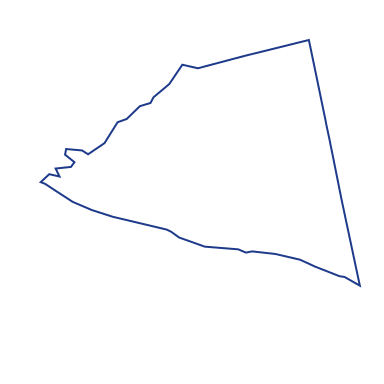 outline of Franklin, Pennsylvania, United States of America, rotated 258°
{"feature_id": "52423323B56600660833819", "entity_name": "Franklin", "entity_type": "district", "adm_level": 2, "iso_a3": "USA", "parent_name": "United States of America", "parent_adm1": "Pennsylvania", "projection": "mercator", "projection_center": [-77.726, 40.005], "detail": "fine", "context": "isolated", "style": "outline", "palette": "blue", "viewbox_px": 384, "rotation_deg": 258, "n_neighbors": 0, "source": "geoboundaries", "source_scale": "gbopen_adm2", "svg_char_len": 805}
<svg xmlns="http://www.w3.org/2000/svg" viewBox="0 0 384 384"><g transform="rotate(258 192 192)"><path d="M220.8,59.6L207.1,73.3L195.2,90.2L184.2,109.4L160.5,159.4L157.5,163.3L150.1,170.0L135.9,193.1L126.3,225.3L121.5,232.2L121.4,238.5L114.1,260.5L103.3,283.6L93.2,297.2L79.0,318.7L77.2,323.5L65.5,336.7L74.6,336.7L75.4,336.7L153.4,336.7L186.6,337.1L186.9,337.1L195.1,337.2L205.0,337.3L209.2,337.3L212.5,337.4L232.0,337.4L232.9,337.5L234.0,337.5L286.8,337.8L287.3,337.8L312.5,337.9L316.4,337.9L314.2,271.7L311.8,223.5L318.5,209.0L302.3,192.2L292.7,174.1L287.7,169.9L286.8,158.9L277.0,143.3L275.7,133.7L258.0,116.6L250.5,98.2L255.5,93.1L260.2,77.8L254.9,75.6L245.6,83.2L241.7,78.8L243.3,63.5L234.7,65.6L239.1,56.1L233.1,46.1L230.6,49.9L220.8,59.6Z" fill="none" stroke="#1e3a8a" stroke-width="2"/></g></svg>